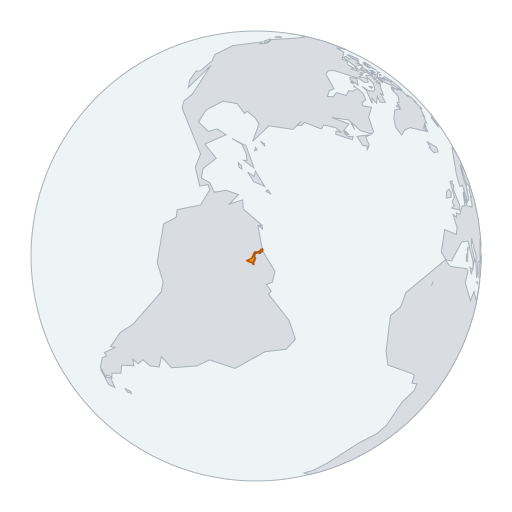 East Berbice-Corentyne on an orthographic globe, rotated 42°
{"feature_id": "GUY-671", "entity_name": "East Berbice-Corentyne", "entity_type": "Region", "adm_level": 1, "iso_a3": "GUY", "parent_name": "Guyana", "parent_adm1": "", "projection": "orthographic", "projection_center": [-57.523, 3.897], "detail": "fine", "context": "on_globe", "style": "filled", "palette": "amber", "viewbox_px": 512, "rotation_deg": 42, "n_neighbors": 0, "source": "natural_earth", "source_scale": "10m", "svg_char_len": 10236}
<svg xmlns="http://www.w3.org/2000/svg" viewBox="0 0 512 512"><g transform="rotate(42 256 256)"><circle cx="256" cy="256" r="225" fill="#eef3f6" stroke="#a8b0b8"/><path d="M183.4,42.7L184.9,42.3L176.4,47.4L185.0,45.9L188.3,52.2L192.6,50.2L196.6,52.3L203.0,51.0L201.7,53.3L207.9,50.5L207.8,48.7L210.4,47.1L214.2,46.4L213.3,48.8L211.3,49.6L213.0,50.0L210.9,51.6L214.1,50.4L212.6,54.0L219.6,49.6L223.1,51.7L220.6,54.4L213.6,55.2L190.5,65.6L185.8,69.7L186.2,74.1L202.1,79.5L199.9,84.2L202.2,89.7L206.7,86.2L206.5,80.8L215.5,76.5L214.2,71.1L217.6,68.9L219.2,63.6L226.7,63.5L233.2,66.5L232.3,71.2L235.1,72.9L242.3,68.2L246.7,77.4L260.2,85.0L260.4,87.9L249.7,93.0L233.8,92.9L219.8,102.3L236.7,95.7L237.1,104.2L240.5,105.7L245.1,105.3L248.0,102.0L249.8,105.2L233.7,112.2L231.8,109.4L237.0,107.0L229.5,107.3L218.6,113.3L219.7,117.8L202.3,124.3L202.8,127.8L199.3,131.6L199.6,125.3L198.7,137.2L178.4,150.7L176.8,173.0L169.8,155.7L162.2,153.8L152.6,154.3L152.1,157.8L140.1,155.3L127.8,163.1L121.2,181.0L123.6,194.8L137.2,195.3L142.2,187.5L152.7,185.9L143.1,207.0L161.1,210.1L158.1,226.2L163.1,234.6L172.6,232.5L182.3,236.5L189.9,227.1L201.9,222.1L201.5,235.2L208.6,223.3L215.0,229.6L239.2,229.2L237.2,232.2L257.5,247.8L280.3,254.7L285.6,264.4L282.8,270.3L290.9,272.0L291.0,276.0L323.8,281.8L341.0,291.5L340.8,305.1L326.9,320.9L315.6,353.6L291.0,364.3L285.7,377.1L268.0,395.6L253.0,394.1L258.3,403.2L250.8,408.5L241.3,408.8L240.5,415.0L233.5,415.1L238.8,419.2L229.2,427.0L233.9,433.5L227.3,439.5L230.6,443.1L227.5,443.0L224.7,444.2L225.0,446.2L214.7,442.7L209.8,434.4L212.0,430.2L207.9,429.4L212.4,418.4L208.5,420.6L206.3,403.5L210.3,389.0L209.6,346.0L204.2,337.3L186.9,326.9L165.9,294.0L170.8,280.6L166.5,274.2L180.6,255.3L177.4,237.7L172.5,235.1L167.4,241.7L151.4,230.5L146.5,217.2L102.2,195.6L98.7,189.0L100.4,178.3L95.0,144.6L93.0,176.2L89.1,170.0L87.7,158.7L90.7,155.9L92.8,139.9L90.6,134.0L98.0,115.2L117.6,92.4L116.9,95.8L121.7,90.6L122.8,86.4L122.4,85.1L140.3,67.0L146.4,59.7L140.8,62.5L147.9,58.5L141.4,62.1L161.9,51.3L183.4,42.7ZM174.7,180.7L195.4,191.8L182.7,193.2L185.3,191.1L180.3,186.5L170.5,182.4L159.6,184.8L174.7,180.7ZM186.1,168.3L182.4,167.4L186.2,167.3L186.1,168.3ZM121.4,85.1L122.3,86.7L119.7,91.8L118.4,90.6L121.4,85.1ZM127.2,76.7L128.9,76.3L123.4,81.1L124.2,79.8L127.2,76.7ZM135.7,65.5L134.8,66.1L135.7,65.5ZM215.0,64.1L217.0,63.9L215.7,65.0L215.0,64.1ZM213.7,62.3L210.6,63.7L209.6,63.1L211.5,62.2L213.7,62.3ZM217.7,60.7L208.1,61.8L206.3,60.7L212.0,56.6L217.7,60.7ZM206.1,48.5L206.4,50.3L202.7,49.6L206.1,48.5ZM203.1,48.6L187.8,50.0L189.3,47.5L194.1,47.3L193.1,45.1L201.3,43.1L203.7,43.8L201.1,45.7L206.2,43.6L203.1,48.6ZM211.2,46.4L208.0,46.7L209.0,44.5L215.6,43.5L213.2,44.5L211.2,46.4ZM188.9,45.7L190.8,44.2L198.0,42.0L199.7,41.2L201.7,42.8L188.9,45.7ZM214.8,44.6L219.0,43.1L221.9,43.7L214.4,46.0L214.8,44.6ZM206.5,44.4L207.3,43.4L209.0,43.6L206.5,44.4ZM234.6,45.5L230.8,45.5L231.0,44.2L234.6,45.5ZM220.3,42.6L219.3,42.4L218.9,42.1L222.1,41.3L220.3,42.6ZM206.6,41.4L209.2,41.0L206.1,40.6L211.4,39.4L211.7,40.8L213.8,39.7L215.4,39.3L213.9,41.0L206.6,41.4ZM224.3,39.5L226.6,41.5L233.7,41.7L233.8,42.7L222.3,42.3L224.3,39.5ZM218.3,40.2L222.1,39.9L220.2,41.0L216.5,42.0L218.3,40.2ZM214.8,38.1L206.7,39.6L206.9,39.3L214.8,38.1ZM226.8,39.2L226.2,38.8L227.5,39.1L226.8,39.2ZM218.9,38.1L216.0,38.6L216.3,38.2L218.9,38.1ZM227.4,37.7L228.1,38.2L225.7,38.8L227.4,37.7ZM223.8,37.7L224.9,37.1L224.3,38.6L222.5,37.9L223.8,37.7ZM219.7,37.7L218.9,37.6L220.9,37.5L219.7,37.7ZM236.4,35.8L236.2,37.6L230.8,38.6L231.7,36.6L236.4,35.8ZM232.5,450.0L215.9,444.0L225.0,446.7L229.7,443.8L238.9,448.2L232.5,450.0ZM247.1,442.2L253.5,440.5L255.4,441.5L251.5,443.0L247.1,442.2ZM436.4,121.1L436.1,122.8L428.9,114.4L423.3,105.3L423.3,105.1L436.4,121.1ZM410.1,91.7L411.6,93.1L414.6,96.0L417.0,98.6L414.4,96.2L412.2,94.0L410.8,93.1L421.3,104.9L425.5,109.1L425.4,112.8L432.4,120.5L434.6,124.7L423.5,113.4L419.9,109.0L404.4,98.6L408.2,103.4L423.0,113.9L421.1,113.3L426.4,121.1L420.9,114.8L403.6,103.2L399.4,108.0L404.7,128.7L400.0,131.7L391.2,129.2L378.6,110.1L390.5,105.9L386.2,100.2L374.7,93.3L379.3,93.0L376.0,90.0L379.6,88.6L375.7,80.6L378.0,79.0L367.8,70.6L367.6,69.0L373.7,74.2L379.1,77.4L383.8,75.2L382.1,73.2L375.1,68.2L377.3,68.7L369.9,64.2L368.4,61.7L364.1,61.4L355.8,56.7L350.1,52.9L346.6,51.6L355.8,58.0L360.2,60.7L365.2,63.0L376.4,71.9L376.7,74.0L362.0,65.3L360.8,67.8L349.9,60.9L331.6,46.3L328.4,43.6L341.4,47.5L347.1,50.0L345.3,49.6L355.0,53.7L350.4,51.5L352.2,52.3L347.2,50.0L364.2,58.4L380.4,68.2L395.8,79.3L410.1,91.7ZM452.1,145.0L455.5,151.4L451.4,144.1L457.6,155.4L464.3,170.1L469.9,185.3L474.4,200.8L477.8,216.7L480.1,232.7L481.2,248.9L481.1,265.1L479.9,281.2L477.5,297.2L473.9,313.0L469.3,328.5L463.5,343.7L456.7,358.3L448.8,372.5L448.6,372.8L441.6,383.0L436.8,385.2L441.8,377.2L447.5,362.4L457.7,325.7L464.5,307.7L466.3,294.5L462.3,266.5L463.6,249.8L461.1,243.5L456.9,246.1L453.4,238.6L450.4,239.1L426.9,248.8L416.4,239.7L395.7,210.2L397.5,197.1L391.9,183.0L399.3,132.4L407.5,133.7L420.9,124.4L423.8,125.5L429.4,135.8L445.3,145.8L441.8,136.5L449.0,141.5L449.1,140.1L441.8,128.7L452.1,145.0ZM404.6,156.4L406.3,160.6L404.6,156.4ZM240.0,229.0L242.8,231.6L238.9,231.7L240.0,229.0ZM180.5,198.4L185.1,198.8L187.3,200.8L183.7,201.4L180.5,198.4ZM220.5,198.9L226.0,200.1L220.0,201.1L220.5,198.9ZM198.8,193.3L216.0,198.5L204.5,202.2L193.7,199.2L201.4,198.1L198.8,193.3ZM183.0,175.5L185.7,176.5L184.6,178.8L183.0,175.5ZM188.8,168.3L187.7,168.5L186.5,166.6L188.8,168.3ZM238.1,103.7L239.4,103.3L243.8,103.6L241.4,105.0L238.1,103.7ZM265.7,97.7L268.0,103.0L264.7,99.9L261.7,102.4L251.0,99.5L260.0,89.3L257.8,94.2L265.7,97.7ZM239.2,93.7L245.0,96.1L238.3,93.9L239.2,93.7ZM354.6,77.2L358.8,78.4L361.7,81.9L358.7,85.7L354.4,80.5L354.6,77.2ZM363.9,79.4L350.2,70.8L351.5,68.7L353.1,71.2L355.3,70.7L358.5,74.7L373.2,81.9L376.7,85.6L369.3,89.5L369.8,85.9L365.7,84.7L363.9,79.4ZM312.9,58.7L306.9,56.6L317.4,54.4L321.7,56.7L319.1,60.2L312.4,59.6L312.9,58.7ZM229.7,54.0L226.8,54.6L227.0,53.7L229.7,52.6L229.7,54.0ZM232.8,45.6L242.9,51.3L240.0,52.0L249.3,55.3L245.4,58.7L239.5,56.3L243.4,61.8L236.5,61.1L240.1,64.8L227.3,59.1L221.3,59.1L229.5,57.7L233.3,54.4L233.1,53.0L228.1,49.4L216.9,48.6L218.9,45.9L223.2,44.2L226.2,43.9L224.0,45.7L229.6,44.1L228.6,46.5L232.8,45.6ZM273.0,34.6L269.2,35.2L280.3,35.5L279.4,36.6L280.7,36.6L282.9,37.9L288.0,39.7L286.5,40.2L289.1,40.7L290.6,41.9L293.7,42.9L292.1,44.4L295.8,45.8L293.0,45.8L299.6,48.0L294.0,47.1L295.4,48.9L300.1,48.9L284.5,57.6L282.2,63.1L283.4,68.6L273.7,67.0L266.3,61.4L261.4,54.7L265.0,50.1L259.9,50.7L260.1,48.7L264.0,49.1L258.1,47.5L259.3,46.1L255.0,42.2L245.7,41.5L243.9,40.3L248.1,40.0L243.3,39.2L250.1,37.9L249.0,37.2L254.5,35.5L263.3,35.8L261.4,35.0L265.5,34.2L273.0,34.6ZM238.2,35.3L249.0,34.5L253.8,35.1L242.1,37.8L242.2,38.6L234.9,41.1L228.1,40.5L230.8,39.8L231.9,39.0L233.6,39.5L233.0,38.5L236.7,37.6L237.3,36.7L240.6,36.7L238.2,35.3ZM422.6,121.3L424.0,121.4L425.3,120.4L428.6,125.6L422.6,121.3ZM411.1,113.5L411.7,112.5L417.0,118.6L415.5,118.9L411.1,113.5ZM407.5,107.1L411.3,112.0L408.4,109.5L407.5,107.1ZM373.8,73.3L374.0,72.4L375.7,73.5L377.7,75.4L373.8,73.3ZM305.6,38.1L302.6,37.7L301.6,37.4L293.5,35.9L293.5,35.3L298.4,36.0L305.6,38.1ZM438.9,124.5L441.5,128.4L440.3,126.8L439.7,125.7L438.9,124.5ZM436.8,126.7L439.4,128.4L437.7,128.1L436.8,126.7ZM304.2,37.2L300.9,36.6L303.0,36.7L304.2,37.2ZM293.1,34.9L294.7,34.9L292.6,35.1L293.1,34.9ZM290.4,33.4L293.7,34.0L292.0,33.7L290.4,33.4Z" fill="#d9dde1" stroke="#a8b0b8" stroke-width="1"/><path d="M256.8,258.0L257.0,258.2L256.9,258.4L256.9,258.5L257.0,258.6L256.9,258.6L256.9,258.8L257.0,258.9L256.9,258.9L256.9,259.0L257.0,259.0L257.1,258.9L257.1,259.0L257.2,259.3L257.2,259.6L257.3,259.7L257.3,259.8L257.2,259.8L257.2,260.1L257.3,260.1L257.5,260.2L257.5,260.4L257.7,260.5L257.8,260.7L257.8,260.8L257.9,261.0L257.9,260.9L258.0,261.0L257.9,261.1L258.0,261.2L258.1,261.3L258.1,261.5L258.2,261.4L258.2,261.5L258.3,261.7L258.3,261.8L258.5,262.0L258.5,262.3L258.8,262.6L258.8,262.8L259.2,263.3L259.3,263.4L259.7,263.4L259.9,263.5L260.0,263.6L259.9,263.8L259.7,263.8L259.5,263.7L259.4,263.7L259.4,263.8L259.2,263.8L258.9,263.9L258.9,264.0L258.5,263.9L258.4,263.8L258.1,263.8L257.9,263.7L257.6,263.4L257.1,263.7L256.9,263.6L256.7,263.6L256.5,263.8L256.4,263.8L256.3,264.1L256.2,264.2L256.0,264.5L255.8,264.6L255.7,264.6L255.2,264.6L254.9,264.6L254.6,264.8L254.4,264.9L254.2,264.8L254.2,265.0L254.1,265.3L253.9,265.4L253.7,265.4L253.5,265.2L253.4,265.2L253.2,265.2L252.9,265.1L252.7,265.2L252.6,265.3L252.6,265.5L252.2,265.6L252.2,265.4L252.4,265.1L252.5,264.9L252.8,264.4L252.9,264.1L253.1,263.9L253.7,262.1L254.0,261.6L254.0,261.4L254.0,261.2L254.0,260.7L254.1,260.4L254.4,260.0L254.4,259.9L254.1,259.3L253.7,258.7L253.7,258.4L253.7,258.2L253.5,257.6L253.5,257.4L253.4,257.1L253.0,256.6L253.0,256.4L252.8,255.9L252.9,255.7L252.7,255.0L252.5,254.7L252.4,254.6L252.6,254.1L252.6,253.8L253.0,253.2L253.7,253.1L253.8,253.1L254.0,252.6L254.1,252.3L254.1,252.2L254.6,251.6L254.8,251.1L255.0,250.8L255.1,250.5L255.2,250.4L255.3,250.3L255.3,250.2L255.4,249.8L255.6,248.9L255.7,248.7L255.4,248.2L255.4,247.9L255.3,247.7L255.5,247.6L255.7,247.4L255.6,247.2L255.9,247.0L256.0,246.9L256.0,246.7L256.1,246.4L256.3,246.4L256.4,246.5L256.6,246.6L256.8,246.7L256.9,246.8L257.2,247.1L257.3,247.3L257.4,247.6L257.5,247.7L257.5,247.8L257.4,247.7L257.5,247.9L257.5,248.0L257.4,248.3L257.4,248.5L257.3,248.8L257.4,249.2L257.4,249.3L257.1,249.7L257.1,249.8L257.0,250.0L256.8,250.3L256.7,250.4L256.7,250.5L256.8,250.5L256.8,250.4L256.9,250.7L256.9,250.8L257.0,250.8L257.1,250.7L257.3,250.9L257.3,251.0L257.2,251.1L256.9,251.0L256.8,251.3L256.9,251.6L256.7,251.6L256.2,251.7L255.9,251.6L255.7,251.7L255.4,251.6L255.2,251.7L255.1,251.8L255.0,252.0L254.9,252.0L254.8,251.9L254.7,251.9L254.7,252.0L254.4,252.3L254.4,252.5L254.5,252.5L254.6,252.8L254.8,253.0L254.7,253.1L254.6,253.4L254.5,253.5L254.4,253.8L254.3,254.0L254.3,254.3L254.3,254.5L253.9,254.8L253.9,255.0L254.0,255.5L254.1,255.8L254.4,256.0L254.6,256.3L254.7,256.5L254.7,256.8L254.8,256.8L254.9,257.0L255.1,257.0L255.3,257.3L255.5,257.4L255.5,257.5L255.5,257.8L255.4,257.9L255.5,257.9L255.5,258.0L255.8,258.1L256.0,258.1L256.4,258.1L256.5,258.1L256.8,258.0Z" fill="#f59e0b" stroke="#b45309" stroke-width="1.5"/></g></svg>